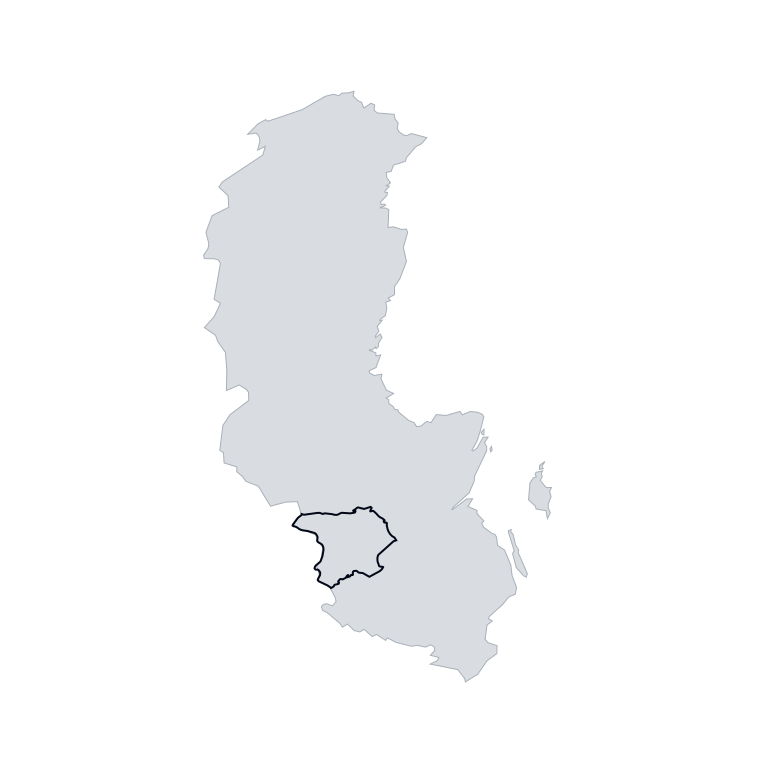 Värmland highlighted on a map of Sweden, rotated 317°
{"feature_id": "SWE-188", "entity_name": "Värmland", "entity_type": "County", "adm_level": 1, "iso_a3": "SWE", "parent_name": "Sweden", "parent_adm1": "", "projection": "natural_earth1", "projection_center": [13.103, 59.9], "detail": "fine", "context": "in_parent", "style": "outline", "palette": "ink", "viewbox_px": 768, "rotation_deg": 317, "n_neighbors": 0, "source": "natural_earth", "source_scale": "10m", "svg_char_len": 6593}
<svg xmlns="http://www.w3.org/2000/svg" viewBox="0 0 768 768"><g transform="rotate(317 384 384)"><path d="M192.4,505.8L195.0,511.1L200.6,510.4L202.8,506.6L205.7,495.4L202.0,482.9L207.0,478.6L210.1,471.8L217.7,469.8L227.8,461.8L228.8,453.7L231.1,447.7L222.5,429.7L221.9,425.2L234.9,422.8L240.4,410.9L231.5,403.3L217.7,396.0L222.4,373.1L216.6,360.8L217.4,355.6L216.5,347.6L219.9,344.4L213.2,332.7L219.8,324.7L218.7,320.5L237.9,304.4L250.5,301.4L273.9,303.8L279.4,297.5L279.6,294.0L277.4,285.9L264.3,281.3L278.4,266.8L289.5,252.8L291.5,239.2L294.0,233.5L291.1,220.3L306.1,218.8L319.5,213.4L317.5,206.2L346.7,184.2L347.5,180.3L345.2,176.5L338.1,169.8L340.0,166.7L347.8,164.9L351.6,161.9L357.3,151.6L373.2,143.6L391.0,148.9L398.4,139.9L397.6,127.3L403.9,126.0L451.5,133.9L459.3,129.2L451.1,126.8L458.9,121.7L461.1,118.6L461.8,115.0L461.4,113.1L454.6,108.4L469.5,107.8L477.7,110.0L478.6,112.8L511.4,127.6L537.2,133.5L544.7,137.7L547.6,142.3L551.6,142.6L556.6,146.9L561.7,149.4L557.8,152.4L558.2,159.3L559.7,162.5L557.5,168.4L566.0,169.9L567.5,173.5L563.3,177.2L564.0,181.3L575.4,193.7L572.8,197.7L572.3,202.8L567.6,206.5L567.1,210.4L568.2,215.5L570.0,217.9L574.8,219.5L583.3,233.0L575.3,233.9L569.1,232.1L555.0,233.7L551.5,235.7L540.3,230.4L534.2,233.4L529.9,230.8L526.7,235.1L526.0,241.2L520.9,240.6L522.9,242.9L516.0,243.7L515.5,244.7L517.1,246.2L515.0,248.0L505.5,248.6L504.3,250.6L507.2,252.9L507.1,254.4L500.9,252.2L505.3,256.5L506.4,259.7L493.7,272.3L498.2,275.6L502.1,282.8L506.1,286.0L504.6,289.3L491.3,297.3L484.0,309.7L467.2,317.9L458.2,319.9L452.6,325.8L445.7,324.0L445.6,327.4L441.1,325.3L437.7,330.5L431.6,334.9L424.8,334.1L424.1,334.8L426.2,336.1L418.4,337.2L416.2,341.8L410.4,343.1L409.5,344.5L415.4,344.8L414.3,348.6L407.7,350.4L405.3,352.9L402.3,352.8L402.9,351.0L398.4,351.1L397.0,348.9L396.2,349.5L399.3,355.6L397.2,358.1L401.4,360.4L389.4,366.5L382.0,364.2L381.0,366.0L382.7,371.2L389.2,375.3L385.4,378.0L381.5,390.1L384.6,397.5L376.1,395.8L376.7,398.6L374.2,401.9L375.3,406.6L374.6,409.8L376.6,412.6L375.5,414.0L377.1,427.2L379.6,432.9L378.8,437.5L382.3,439.9L389.7,440.5L392.0,444.3L401.3,442.0L408.1,449.5L420.8,455.8L420.2,459.9L428.3,462.9L433.2,468.5L435.2,473.2L434.6,476.1L422.4,484.0L412.9,489.3L403.0,492.5L403.5,493.8L408.4,494.3L420.4,490.5L423.9,493.9L417.5,495.4L416.3,499.9L413.6,502.8L387.3,513.2L383.9,516.4L372.1,521.7L350.8,521.3L347.5,522.4L366.1,524.5L370.5,528.4L361.8,530.8L365.8,539.9L363.6,542.1L363.6,552.3L360.4,552.5L359.2,556.6L361.0,566.8L362.6,569.6L361.9,572.6L357.0,579.5L358.9,587.7L353.3,602.8L347.0,611.5L342.2,623.2L336.7,627.3L330.1,624.8L320.3,626.2L302.4,625.8L300.2,626.9L301.6,631.2L295.1,630.5L283.9,639.6L283.6,644.0L288.2,652.5L282.7,658.1L270.6,656.7L254.6,660.2L240.3,657.4L242.1,654.5L243.2,643.2L226.8,620.4L234.5,622.7L237.6,621.5L232.9,614.0L239.4,613.5L241.5,610.9L240.3,606.6L234.9,604.7L230.2,598.0L225.2,594.5L216.5,581.1L213.4,571.9L210.4,572.7L207.8,562.2L203.1,560.6L202.2,549.9L197.2,548.8L194.0,543.9L193.6,534.7L187.7,533.5L188.5,529.1L186.6,512.9L184.7,507.8L186.3,504.1L189.5,503.8L192.4,505.8ZM440.7,555.7L438.1,556.6L436.6,559.6L432.4,561.1L432.0,570.4L435.9,573.9L431.9,575.5L429.3,580.4L422.2,583.7L419.4,586.9L418.0,591.5L411.7,593.9L416.1,587.1L410.0,579.2L411.4,576.4L410.7,567.3L423.3,555.9L429.2,554.5L432.0,555.8L433.0,553.0L434.9,552.3L440.7,555.7ZM359.5,620.4L356.4,622.3L355.3,619.5L355.5,608.6L362.4,595.7L365.5,594.7L373.9,577.3L374.8,576.1L377.8,577.2L375.7,578.8L375.9,581.9L370.5,591.2L369.2,597.3L367.2,598.7L359.5,620.4ZM443.2,552.0L442.7,554.6L439.4,552.5L442.4,549.6L448.8,550.4L443.2,552.0ZM426.3,485.3L422.3,489.3L421.4,487.6L422.2,485.7L426.3,485.3ZM417.9,506.2L415.8,506.4L417.2,503.7L420.0,503.0L417.9,506.2Z" fill="#d9dde1" stroke="#a8b0b8" stroke-width="1"/><path d="M234.2,423.6L234.8,423.4L235.1,423.0L236.1,424.7L236.5,425.2L247.3,432.8L248.7,434.0L249.4,435.0L250.4,436.9L250.7,437.3L251.0,437.6L251.5,437.7L252.0,437.9L252.5,438.2L256.8,443.2L257.9,444.7L258.4,445.7L258.5,445.8L259.8,447.1L260.2,447.5L260.9,447.9L264.5,449.0L265.4,449.5L271.0,455.5L274.4,457.8L275.2,458.1L275.8,457.9L276.4,457.6L276.5,457.5L276.5,457.3L275.5,456.6L275.2,456.2L275.0,455.8L275.1,455.6L275.3,455.6L275.6,455.6L277.3,456.0L280.0,456.2L280.5,456.4L281.0,456.8L281.6,457.7L282.5,459.2L282.7,459.7L283.5,460.5L284.2,461.8L290.4,464.7L290.5,466.1L287.8,467.2L287.3,467.5L287.2,467.8L287.4,468.1L287.8,468.3L288.8,468.8L289.4,469.2L289.7,470.0L290.0,473.7L289.9,476.4L290.0,477.4L290.3,479.0L290.6,479.8L291.0,480.7L291.2,481.5L291.5,483.3L291.5,483.9L291.3,484.2L290.9,484.0L290.7,483.9L290.3,484.0L290.1,484.4L289.8,485.1L289.8,485.6L290.1,486.0L290.4,486.3L291.0,486.7L291.1,486.8L291.3,487.5L291.1,487.9L290.7,488.3L289.7,489.1L289.5,489.3L289.4,489.6L289.2,490.0L288.1,491.8L287.3,493.3L286.7,495.0L286.2,497.4L286.1,498.8L286.2,500.7L286.3,501.2L286.7,502.5L286.9,503.4L286.7,505.0L286.3,506.7L284.3,505.7L283.9,505.6L283.5,505.5L263.9,505.1L263.0,505.2L262.0,505.7L260.7,506.6L259.9,507.4L258.8,508.7L258.1,509.7L257.7,510.6L257.3,511.7L256.5,513.3L256.3,513.9L256.5,514.5L256.9,515.2L258.4,516.9L258.5,517.3L258.1,517.5L257.1,517.8L256.2,518.0L253.4,518.0L241.8,515.0L239.6,507.9L237.3,505.2L237.0,504.8L236.8,504.2L236.6,502.3L236.3,501.7L235.9,501.3L235.3,501.0L234.9,500.7L234.6,500.3L234.1,500.1L233.4,500.2L232.3,500.8L231.7,501.8L231.2,502.2L230.8,502.3L230.4,502.0L229.9,501.4L229.7,501.2L229.4,501.2L228.9,501.3L228.2,501.5L227.6,501.5L227.3,501.2L227.0,501.0L225.7,500.5L225.4,500.3L225.4,500.0L225.5,499.8L225.9,499.7L227.1,499.6L227.4,499.5L227.4,499.3L227.1,499.1L226.6,499.0L223.8,499.6L223.4,499.6L222.4,499.2L220.8,498.8L220.3,498.5L220.1,498.1L219.6,497.3L219.0,496.9L218.1,496.8L216.2,497.1L215.6,497.4L215.5,498.1L215.6,498.5L215.4,498.8L215.0,499.0L214.7,499.1L214.4,499.1L211.5,497.5L211.0,497.2L210.5,497.2L210.0,497.4L209.7,497.6L209.2,497.7L208.9,497.7L206.5,497.2L206.1,497.1L206.1,496.2L205.9,495.2L205.2,492.5L201.9,484.3L201.7,483.4L201.8,482.3L202.4,481.7L206.8,480.2L207.5,479.6L208.8,478.3L209.0,477.9L209.0,477.2L209.2,475.6L209.1,475.0L208.8,474.3L208.6,474.2L207.6,473.4L207.3,472.8L207.5,471.4L208.3,470.9L208.8,470.6L210.5,470.2L215.6,470.5L216.9,470.3L221.6,467.9L226.6,464.1L227.7,462.8L228.6,461.3L229.1,459.5L229.0,458.1L228.1,455.4L227.9,454.0L228.0,453.4L228.4,452.8L230.2,451.4L230.8,450.8L231.3,450.0L231.6,449.0L231.9,447.5L231.8,446.2L231.3,445.1L227.8,439.3L224.5,435.3L223.6,433.7L223.1,432.3L222.5,429.3L221.9,427.9L220.7,426.0L220.6,425.2L221.5,424.7L228.8,423.3L230.6,423.2L234.2,423.6Z" fill="none" stroke="#020617" stroke-width="2"/></g></svg>